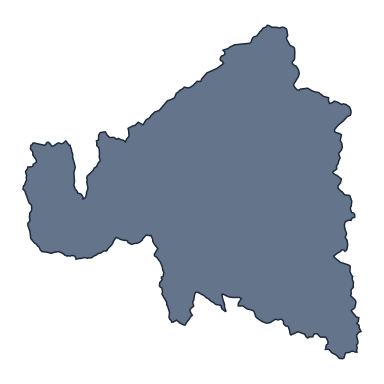 Ambo, Huánuco, Peru
{"feature_id": "86281439B62958263432420", "entity_name": "Ambo", "entity_type": "district", "adm_level": 2, "iso_a3": "PER", "parent_name": "Peru", "parent_adm1": "Huánuco", "projection": "albers", "projection_center": [-76.249, -10.223], "detail": "fine", "context": "isolated", "style": "filled", "palette": "slate", "viewbox_px": 384, "rotation_deg": 0, "n_neighbors": 0, "source": "geoboundaries", "source_scale": "gbopen_adm2", "svg_char_len": 5926}
<svg xmlns="http://www.w3.org/2000/svg" viewBox="0 0 384 384"><path d="M286.3,28.8L284.1,27.5L282.5,27.2L280.8,27.4L279.7,28.2L276.7,27.3L272.1,27.3L268.8,25.5L267.3,25.3L266.0,27.0L263.1,28.1L262.5,28.7L261.2,30.7L259.7,31.8L259.2,33.0L256.8,36.0L253.6,37.0L252.3,38.4L251.0,42.3L250.5,42.7L249.5,43.3L234.5,44.8L229.8,47.1L228.0,48.6L223.0,50.2L224.5,51.8L225.0,54.0L223.6,55.3L221.3,56.2L220.4,57.9L220.2,59.6L220.6,60.4L222.4,61.5L223.5,63.5L216.8,68.5L206.9,72.9L201.6,79.0L201.1,80.8L200.5,81.4L197.1,81.3L193.1,85.4L189.5,87.8L187.1,87.8L184.3,87.1L182.6,88.9L180.2,90.1L177.3,92.8L176.4,93.1L174.5,97.8L170.8,99.7L167.5,100.7L159.2,110.5L154.7,112.0L150.8,115.9L149.7,117.8L146.0,119.9L143.0,124.9L138.2,122.2L135.2,125.3L132.3,126.1L128.2,128.3L128.0,128.9L128.6,130.1L129.0,136.4L126.7,138.9L125.4,141.9L123.6,140.4L120.8,139.6L118.6,138.4L116.7,139.3L113.7,137.3L110.4,137.6L109.2,137.1L107.0,134.9L105.2,131.8L100.3,132.6L98.6,135.2L98.6,139.9L96.4,140.9L96.8,142.9L96.7,145.4L98.7,147.7L99.2,149.4L99.5,153.3L99.2,157.1L100.1,159.7L100.0,161.3L98.5,162.4L96.5,166.6L94.2,168.1L93.3,170.3L87.1,176.2L86.8,178.0L87.2,179.8L86.7,182.2L87.9,187.6L87.4,190.4L86.5,192.3L86.6,193.2L85.8,197.0L85.2,197.7L83.1,199.0L83.0,197.2L81.5,194.6L80.0,193.6L77.7,193.2L77.0,191.1L75.1,188.9L74.5,186.6L73.8,185.7L74.5,181.4L73.9,172.4L75.3,167.2L73.2,159.0L72.7,158.4L72.6,153.7L71.6,151.3L71.5,149.4L70.3,146.5L70.2,145.3L69.1,145.2L65.8,140.9L63.1,143.3L61.3,143.8L59.1,143.0L57.9,143.0L52.9,146.3L51.7,146.0L49.7,143.3L48.0,142.1L46.6,142.8L45.7,144.4L44.5,145.3L33.8,142.9L33.0,143.1L32.1,144.6L30.8,145.5L30.4,149.0L32.8,151.9L32.8,154.9L36.0,159.6L36.5,161.6L35.6,162.8L33.2,164.3L33.1,165.5L32.5,166.4L31.0,166.9L27.8,167.0L27.4,168.8L25.7,171.1L25.6,172.5L26.7,175.7L26.2,177.5L26.6,179.9L25.5,182.1L24.6,185.1L23.5,185.8L23.0,189.3L24.8,190.9L29.0,202.8L31.5,205.1L31.7,209.9L31.1,211.4L29.8,212.9L29.4,216.9L29.9,219.1L29.7,221.5L28.3,222.6L27.8,223.6L28.0,225.9L29.9,231.3L30.8,238.6L34.8,243.3L36.7,244.3L37.3,245.9L39.0,246.9L40.2,249.7L41.9,251.6L47.1,252.2L51.3,253.4L54.2,252.3L58.4,251.6L62.4,253.1L65.0,255.3L67.5,256.1L68.3,255.7L70.1,256.1L71.8,255.4L74.2,255.9L75.1,256.5L75.9,258.2L75.9,259.1L77.8,258.9L78.3,258.5L80.5,258.5L84.5,257.5L87.6,258.2L88.8,257.8L90.9,257.9L92.0,257.6L93.4,256.3L96.5,254.9L98.2,253.5L100.7,253.0L104.1,250.8L106.0,251.1L107.1,250.5L107.4,249.4L111.7,244.8L112.8,243.2L113.5,241.1L116.2,237.4L121.3,239.7L125.1,240.5L125.6,240.2L127.4,240.9L128.0,242.5L131.6,244.4L134.7,243.4L137.7,243.1L139.4,242.4L142.4,240.0L142.6,239.0L146.1,235.1L150.0,235.7L151.0,235.3L152.6,239.0L152.8,241.5L154.7,244.8L157.8,248.5L154.4,254.2L154.5,255.8L156.8,257.4L160.4,262.2L162.4,267.2L162.6,269.7L163.8,272.4L163.1,276.5L161.4,277.1L161.4,278.4L162.2,279.7L159.8,282.5L159.4,285.7L160.1,286.9L162.0,288.2L162.5,291.9L161.9,294.1L166.7,302.2L166.7,305.0L167.5,305.9L169.5,312.4L169.0,317.4L169.9,319.4L171.2,320.5L171.6,322.2L173.3,322.1L176.5,320.2L180.1,323.2L184.2,325.1L185.3,324.9L186.5,322.4L188.7,319.9L190.5,316.9L192.4,315.3L191.2,313.8L190.0,311.0L190.0,309.9L190.3,309.0L193.7,306.1L192.6,302.1L193.7,300.2L194.7,294.0L196.0,292.2L198.0,292.4L204.1,295.6L206.4,297.8L208.1,298.5L211.1,301.3L213.3,302.4L215.5,304.3L217.2,304.8L218.9,304.8L221.2,305.8L221.4,307.6L222.0,308.9L225.2,311.4L225.7,311.4L225.9,310.9L224.6,307.4L224.5,304.6L222.2,297.0L222.1,294.1L223.8,294.5L227.4,296.3L230.2,297.2L233.5,297.5L239.3,297.4L241.4,298.6L238.5,302.8L238.1,305.8L239.8,306.1L242.7,305.7L246.7,308.8L252.9,310.4L254.2,311.8L255.7,316.6L256.6,317.7L262.0,321.5L265.6,322.9L267.1,323.2L270.2,322.6L275.5,319.2L278.2,320.0L280.1,319.2L281.9,319.5L283.3,320.9L283.7,324.1L285.7,326.0L287.6,326.1L288.3,326.8L289.7,331.1L290.1,334.0L290.6,334.8L291.2,334.9L298.0,331.7L304.6,334.2L306.5,337.3L307.9,338.0L309.6,336.8L312.7,336.9L314.1,334.0L315.5,333.7L317.3,333.8L319.9,336.7L320.7,337.1L325.4,337.1L326.6,338.5L328.1,341.8L327.8,344.0L326.4,344.9L325.4,349.4L328.0,349.3L329.3,349.7L331.7,352.7L335.7,354.7L337.8,356.4L339.4,358.4L342.7,358.7L344.1,357.8L344.9,354.4L346.1,352.6L348.8,352.6L351.8,351.2L353.7,351.4L355.2,352.1L357.0,352.1L356.6,350.4L357.2,347.8L356.5,344.8L357.7,343.6L358.0,342.1L356.5,335.4L358.6,332.5L361.0,331.5L359.3,328.0L359.0,325.2L356.8,323.4L358.3,321.5L358.8,317.7L356.2,316.9L351.3,310.8L352.1,309.6L353.2,309.2L354.9,307.4L355.9,302.7L355.7,301.0L354.6,299.5L350.5,295.5L351.4,293.5L351.0,292.1L351.3,289.5L353.4,287.3L353.1,284.5L353.5,282.6L352.3,279.5L352.3,277.4L352.8,276.5L351.5,275.3L349.9,271.5L350.2,266.2L349.1,265.2L340.3,262.3L334.6,257.6L333.6,256.2L337.2,253.3L340.2,251.6L341.9,249.8L343.9,250.0L344.9,251.3L345.9,250.7L346.9,249.4L347.7,244.9L347.1,240.3L345.2,237.4L346.6,233.5L345.1,229.5L344.4,226.1L344.6,223.5L345.3,221.9L346.2,221.2L348.7,220.2L351.0,220.4L352.0,218.1L354.6,217.4L354.8,216.1L354.7,214.7L354.0,213.6L353.0,212.8L351.8,212.6L350.6,209.8L350.4,207.7L351.2,206.1L351.8,201.2L349.7,195.6L348.7,195.2L346.2,195.2L344.3,194.5L342.5,192.1L341.3,191.4L338.1,188.3L337.9,186.2L340.4,182.9L341.4,179.0L337.3,175.7L333.4,173.6L332.9,172.6L333.0,171.8L336.7,169.1L336.5,165.9L338.1,163.7L338.7,161.0L340.1,157.9L338.7,154.2L339.2,152.8L341.4,150.0L342.4,147.1L341.8,143.5L340.2,140.4L341.5,134.8L339.6,133.6L335.3,132.3L334.5,131.0L334.7,129.4L338.1,125.2L343.2,121.1L347.5,116.4L350.3,115.3L351.0,113.1L350.9,110.4L349.5,106.9L345.8,104.4L343.0,103.8L341.8,104.6L338.2,102.5L334.7,101.2L334.0,101.3L332.3,102.7L329.5,103.5L328.4,100.3L328.6,97.7L323.7,96.5L318.6,92.5L315.0,91.9L312.0,90.8L307.6,88.2L300.4,89.1L299.0,90.3L296.8,89.6L294.6,87.1L293.6,85.1L293.7,84.3L298.4,76.6L299.2,73.8L299.1,72.4L298.4,69.7L296.3,66.3L293.9,65.2L292.3,63.4L292.2,61.9L293.9,60.3L294.6,58.7L294.8,52.6L294.5,48.3L293.7,47.2L290.0,45.3L286.7,39.5L286.5,37.7L287.7,35.6L287.0,30.7L286.3,28.8Z" fill="#64748b" stroke="#1e293b" stroke-width="1.5"/></svg>